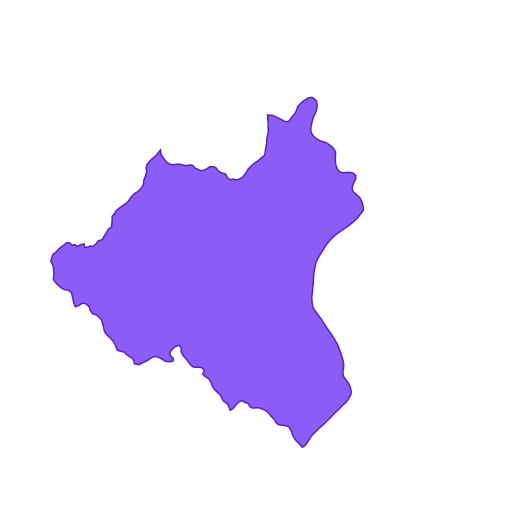 Campos Gerais, Minas Gerais, Brazil (Robinson projection), rotated 218°
{"feature_id": "56859067B26263873821946", "entity_name": "Campos Gerais", "entity_type": "district", "adm_level": 2, "iso_a3": "BRA", "parent_name": "Brazil", "parent_adm1": "Minas Gerais", "projection": "robinson", "projection_center": [-45.751, -21.29], "detail": "fine", "context": "isolated", "style": "filled", "palette": "violet", "viewbox_px": 512, "rotation_deg": 218, "n_neighbors": 0, "source": "geoboundaries", "source_scale": "gbopen_adm2", "svg_char_len": 4275}
<svg xmlns="http://www.w3.org/2000/svg" viewBox="0 0 512 512"><g transform="rotate(218 256 256)"><path d="M199.5,358.1L201.3,360.3L204.0,362.6L207.0,364.5L210.1,365.9L213.2,366.2L218.9,366.5L221.3,367.9L223.1,370.7L224.0,373.6L224.6,377.6L226.8,380.7L230.0,381.2L232.9,380.1L235.1,378.4L237.2,376.5L239.3,374.8L242.1,373.9L245.0,374.4L248.6,376.4L251.9,379.6L255.3,384.1L257.2,386.9L260.5,388.2L263.3,388.9L268.4,388.7L271.6,388.2L275.3,386.5L279.9,385.7L283.8,385.7L286.8,386.5L289.7,388.2L291.9,391.1L293.7,394.6L294.9,397.4L296.4,401.3L297.2,405.4L298.2,408.1L300.1,412.0L303.6,415.2L306.5,415.8L309.6,415.5L312.1,412.8L313.9,408.0L314.7,404.3L315.1,399.2L313.9,396.4L313.2,392.8L313.3,388.7L313.2,385.7L313.1,382.6L314.9,380.3L317.3,379.6L320.7,379.0L323.5,378.4L325.9,377.9L329.5,377.0L333.8,374.2L330.7,370.8L327.9,367.9L325.9,365.1L323.1,362.0L321.1,357.9L318.9,353.8L316.7,350.9L315.1,347.7L313.4,344.5L311.1,340.9L312.3,336.4L313.0,332.4L314.4,328.3L315.3,323.6L315.6,319.0L315.0,314.4L315.1,309.5L316.7,305.8L318.9,303.6L321.4,302.6L323.2,300.3L327.1,300.2L330.4,301.9L333.8,300.5L337.8,299.8L341.9,300.9L345.0,299.9L347.4,297.9L348.3,295.0L349.4,292.2L351.6,289.5L355.1,288.5L358.6,287.7L361.1,288.4L363.9,287.4L366.0,284.6L370.0,282.5L372.9,281.3L375.4,279.0L377.7,276.7L380.5,275.3L384.7,274.9L388.5,276.0L391.3,276.8L393.6,277.8L396.6,280.7L396.6,276.6L396.6,273.4L397.3,270.2L398.1,266.1L398.2,260.6L396.6,257.5L394.2,255.4L392.3,250.9L391.1,246.7L389.0,243.5L388.2,239.4L388.3,236.1L389.1,233.3L390.1,230.6L390.6,227.6L390.7,224.7L390.4,221.0L390.7,217.4L392.2,213.3L393.1,209.6L394.1,205.9L393.5,201.6L393.8,198.7L390.8,194.8L389.1,191.9L387.5,189.6L388.9,187.0L388.4,183.1L387.9,178.8L387.2,174.3L389.6,170.8L389.5,166.9L390.4,163.2L393.0,161.6L394.2,159.1L396.4,157.4L398.9,159.7L401.0,157.2L403.0,153.3L405.7,153.6L407.7,151.1L410.7,151.7L413.2,150.4L414.4,145.5L415.6,140.9L416.0,135.8L417.0,132.2L415.7,128.7L414.4,125.5L411.5,124.2L409.0,122.7L406.8,120.4L404.6,118.0L402.9,115.2L401.2,112.7L398.3,111.9L395.3,111.3L392.6,111.1L388.8,111.0L385.8,111.8L382.9,113.5L378.8,113.5L375.7,111.0L373.3,109.0L370.5,106.7L367.1,104.8L365.2,107.8L364.2,111.0L361.8,113.5L356.3,113.4L353.0,111.0L349.0,109.9L345.5,111.3L341.0,111.0L337.9,110.4L335.8,108.5L332.5,106.3L329.8,103.9L327.2,102.5L324.4,101.9L320.8,101.8L318.3,101.3L315.5,100.7L312.8,99.6L310.4,98.2L307.2,96.3L303.4,97.9L300.2,99.3L297.5,98.6L293.9,98.8L291.2,99.3L288.6,98.9L285.5,96.2L281.3,98.3L279.4,102.4L277.3,106.7L275.8,111.4L273.9,114.6L270.9,116.1L266.7,116.8L262.4,117.3L258.8,119.6L256.7,122.1L258.1,124.4L261.6,124.7L264.2,125.9L264.7,129.9L263.8,135.2L261.3,138.5L258.1,137.3L256.0,134.4L253.2,133.0L250.8,132.4L248.2,132.0L245.5,131.3L242.4,130.5L239.8,129.9L237.2,129.9L234.4,131.5L232.0,133.6L229.6,134.6L226.2,134.1L225.3,130.1L222.5,129.7L219.1,130.1L215.7,129.7L212.8,128.1L210.1,126.4L206.6,125.3L202.4,124.8L198.6,124.5L195.4,123.0L192.4,121.6L189.9,121.8L187.0,121.8L184.2,120.3L181.3,118.5L180.1,122.7L180.2,126.1L179.8,130.4L177.8,133.6L174.4,133.8L171.1,135.0L168.2,133.5L165.1,134.0L163.1,135.9L160.6,138.0L157.6,139.1L155.0,139.7L152.0,140.3L148.9,140.0L145.8,139.1L142.6,138.7L139.5,138.0L136.9,136.9L134.2,137.0L131.1,138.8L127.9,140.6L124.9,141.6L121.9,140.4L119.6,139.2L116.5,137.2L111.8,135.3L107.9,134.9L104.8,134.4L101.8,133.8L100.6,137.0L100.8,140.9L101.2,144.8L101.5,148.7L100.9,153.7L100.1,159.7L99.3,164.3L98.8,167.2L98.5,170.2L97.9,174.6L97.4,179.1L97.0,182.5L96.3,187.0L95.9,190.9L95.2,195.0L95.0,198.1L95.3,202.5L96.2,205.9L97.9,208.2L100.7,210.5L103.8,212.4L106.7,213.3L110.2,214.2L113.4,215.2L115.9,217.8L117.7,221.1L120.0,224.4L123.0,227.2L126.4,229.8L130.4,232.3L133.8,234.4L136.9,236.3L140.1,237.5L143.0,238.9L145.8,239.8L148.6,240.8L152.1,241.8L155.3,242.8L157.7,243.7L161.6,244.9L165.3,246.4L168.3,247.1L171.5,248.1L174.7,248.9L179.0,250.3L182.6,253.4L185.3,256.3L187.3,258.8L188.7,261.3L190.2,263.7L191.8,266.1L193.7,269.2L196.2,272.7L197.9,275.2L199.7,278.0L201.6,281.3L203.2,284.6L204.8,287.9L205.8,292.7L206.4,297.6L206.8,301.6L207.4,306.2L207.5,312.5L207.2,315.8L206.8,318.8L206.1,322.9L204.4,328.3L203.0,332.8L201.7,336.8L200.8,340.3L200.1,343.9L199.4,349.1L199.5,354.5L199.5,358.1Z" fill="#8b5cf6" stroke="#5b21b6" stroke-width="1.5"/></g></svg>